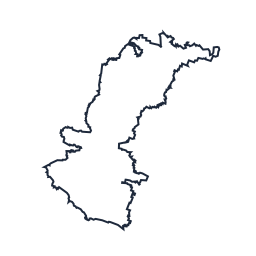 San Andrés Tuxtla, Veracruz, Mexico (Albers equal-area conic projection), rotated 191°
{"feature_id": "50627088B42762923799593", "entity_name": "San Andrés Tuxtla", "entity_type": "district", "adm_level": 2, "iso_a3": "MEX", "parent_name": "Mexico", "parent_adm1": "Veracruz", "projection": "albers", "projection_center": [-95.222, 18.463], "detail": "fine", "context": "isolated", "style": "outline", "palette": "slate", "viewbox_px": 256, "rotation_deg": 191, "n_neighbors": 0, "source": "geoboundaries", "source_scale": "gbopen_adm2", "svg_char_len": 5896}
<svg xmlns="http://www.w3.org/2000/svg" viewBox="0 0 256 256"><g transform="rotate(191 128 128)"><path d="M99.2,84.3L105.2,86.2L107.7,86.4L108.6,85.2L109.5,85.7L110.2,85.3L112.2,85.6L112.0,87.0L112.6,87.2L112.6,86.0L113.9,86.2L114.2,90.1L114.9,90.1L114.9,91.8L116.2,92.4L116.0,93.2L115.4,93.2L116.4,94.3L115.8,95.4L114.6,95.6L115.8,97.0L114.5,96.8L114.4,97.4L115.7,98.0L115.7,97.3L117.2,97.7L119.3,99.4L118.8,100.7L120.4,100.1L121.5,101.3L121.0,102.6L121.5,103.6L120.6,104.8L124.1,104.3L125.5,105.5L128.3,105.9L129.7,105.4L130.2,106.4L133.1,106.4L133.8,110.9L127.2,113.7L126.8,114.5L126.2,114.4L126.5,113.8L125.8,114.1L126.3,115.3L125.6,116.1L125.1,115.7L124.8,118.8L121.7,118.1L120.1,118.8L120.5,119.2L119.7,122.6L121.1,123.9L120.6,125.8L122.9,126.3L122.9,127.6L121.6,129.0L121.5,130.2L118.4,133.5L119.9,138.5L119.3,139.1L120.8,140.2L117.9,141.6L117.5,143.3L118.3,144.4L118.1,147.3L117.0,147.1L115.8,149.0L115.9,150.3L114.8,150.8L114.0,152.4L110.8,151.4L110.0,152.0L110.1,152.9L108.9,151.9L108.0,153.4L106.5,153.2L106.1,154.0L104.3,153.3L103.6,154.9L102.3,154.1L102.1,154.9L103.2,156.3L101.3,157.6L100.7,157.4L100.7,156.5L99.9,156.7L100.5,158.0L100.1,158.7L98.5,158.2L98.5,159.5L95.9,159.0L96.0,160.7L97.2,162.6L96.5,162.5L96.4,164.1L95.6,164.8L96.8,164.5L97.1,166.2L98.2,166.2L98.8,167.1L98.8,168.7L98.4,170.1L97.5,170.6L97.5,173.0L96.7,172.9L95.3,174.6L96.1,175.2L95.7,176.4L95.0,175.6L93.9,175.7L94.6,176.3L94.2,177.4L94.8,178.3L93.7,181.9L92.3,183.3L92.8,184.3L91.7,184.5L93.5,188.1L92.6,192.4L93.5,192.6L93.3,193.6L90.5,193.0L90.1,195.1L89.2,194.9L88.8,199.0L87.0,198.6L87.2,201.6L81.2,200.4L82.0,201.4L81.1,206.0L75.6,205.1L75.0,207.2L73.1,207.2L72.3,210.2L67.9,210.1L67.0,210.7L65.5,210.5L65.1,211.1L64.7,210.2L59.6,209.6L58.1,215.1L55.6,214.7L53.7,216.0L53.9,220.4L53.3,222.4L54.3,224.4L55.8,224.6L59.2,223.5L58.6,218.2L59.6,216.3L61.4,215.1L62.5,219.0L64.3,220.7L69.3,219.3L73.6,222.8L74.2,222.1L76.6,222.5L77.0,221.7L79.1,223.5L80.7,221.4L82.8,220.1L83.6,220.9L85.9,220.6L86.2,221.5L85.3,223.4L86.2,223.4L86.7,222.7L86.3,221.5L88.1,220.4L86.4,217.8L88.7,216.5L92.6,218.7L94.1,217.5L95.1,218.1L94.8,218.8L95.4,219.5L95.9,218.8L96.8,219.3L96.6,217.3L97.4,218.1L98.0,217.3L101.3,219.0L101.4,219.7L100.9,219.7L101.2,221.1L101.5,220.2L102.9,220.5L100.0,224.1L100.9,225.0L102.6,225.2L103.8,226.4L106.3,224.5L106.9,225.0L106.1,226.5L107.5,225.5L111.1,228.2L110.8,227.5L112.5,227.6L115.0,225.8L113.6,223.7L111.4,214.7L110.5,213.6L113.9,215.4L122.3,215.7L122.9,217.6L126.9,217.4L127.1,219.8L131.1,219.5L131.6,222.0L134.3,221.3L134.4,218.4L137.1,218.0L136.8,217.1L139.1,218.0L140.3,217.4L142.4,214.7L143.2,211.7L141.3,211.8L141.2,212.5L138.9,212.4L139.2,211.5L137.5,211.7L136.1,210.7L136.3,210.3L133.4,209.9L133.4,208.8L132.2,208.8L132.1,207.4L129.1,207.3L129.2,205.5L128.6,205.0L129.1,204.0L129.8,204.0L129.8,202.0L130.6,202.1L130.5,201.1L132.0,201.1L132.0,200.2L132.7,200.1L132.7,202.0L132.1,202.4L134.6,202.1L134.2,202.9L135.2,205.1L136.0,205.1L136.7,207.7L138.2,207.9L136.8,208.1L137.5,209.3L144.2,210.2L146.5,207.8L146.5,206.1L147.8,205.2L150.6,198.6L149.5,198.2L149.9,195.1L152.5,194.3L152.5,192.6L153.8,192.5L153.9,193.6L155.3,193.7L155.6,192.0L156.3,192.0L156.2,192.9L157.1,193.5L158.6,192.2L159.5,192.8L160.7,191.3L159.8,190.8L161.5,187.4L160.8,186.7L161.7,185.9L161.9,186.5L163.5,186.5L163.8,185.5L165.4,185.5L164.7,176.2L165.6,174.3L164.8,174.1L164.8,168.7L163.9,167.7L164.7,167.4L164.6,164.7L163.3,160.8L163.4,159.5L165.0,158.5L163.2,157.5L163.4,155.7L162.8,155.3L166.2,152.7L166.7,151.7L166.2,150.0L167.0,148.7L167.5,149.1L167.8,146.9L169.5,145.2L170.0,143.6L170.6,144.0L171.0,142.4L170.4,141.5L171.3,140.2L171.2,135.6L172.5,134.7L172.4,133.5L171.5,133.5L171.9,132.9L171.1,131.8L171.4,129.6L170.6,127.6L171.1,127.1L170.1,126.4L169.8,124.9L167.3,123.3L167.2,121.7L165.3,121.5L165.4,120.8L163.8,118.3L164.4,116.6L172.4,115.6L173.6,116.5L175.3,115.9L175.9,115.0L181.9,115.8L182.9,117.7L184.9,117.0L186.9,117.6L186.8,117.0L187.8,116.6L189.3,117.0L191.4,115.0L191.6,114.3L191.4,113.2L191.6,112.8L193.2,113.1L193.3,110.4L192.7,110.5L191.8,108.7L192.2,107.9L191.1,106.9L189.3,107.0L188.4,105.3L188.7,103.3L189.5,103.1L188.6,103.0L188.6,102.0L182.0,99.8L181.9,100.6L178.9,100.2L178.9,99.7L178.1,101.3L177.2,101.4L174.8,99.5L173.8,99.5L173.5,100.6L170.5,100.1L170.2,99.5L171.4,99.3L171.5,96.8L174.8,95.9L175.6,94.5L177.3,94.3L177.4,95.4L178.2,95.5L179.0,94.7L178.8,95.5L179.5,95.5L179.8,94.9L179.1,94.8L179.7,93.2L180.9,93.4L180.9,94.2L184.0,93.6L183.1,90.9L183.4,89.7L182.3,89.0L182.6,88.1L181.7,87.1L183.3,84.9L186.0,84.4L186.1,83.7L191.2,82.9L197.1,78.6L198.2,77.2L197.9,76.4L199.2,76.5L202.7,73.7L201.0,73.7L198.8,71.0L198.7,70.2L199.6,69.0L198.3,68.6L198.1,66.6L196.8,65.4L196.9,64.7L195.2,65.2L191.6,62.3L190.9,61.0L191.6,58.9L191.5,57.0L189.6,56.8L189.5,55.8L188.8,56.5L188.5,55.8L187.6,55.9L186.3,54.4L185.8,55.5L185.1,55.0L184.4,56.8L175.6,52.7L173.5,50.8L172.5,48.6L173.0,47.7L172.1,46.0L172.2,44.0L171.2,45.2L168.8,44.8L167.0,43.3L166.3,41.4L164.6,41.1L163.3,39.8L162.5,40.3L158.9,39.2L156.5,37.0L155.2,36.8L152.4,33.8L152.3,32.9L153.1,32.0L152.7,31.0L151.8,30.6L151.3,31.4L150.6,30.2L149.2,29.9L148.4,30.6L148.4,31.8L147.2,32.2L144.3,31.4L142.5,32.6L135.6,32.5L129.4,31.4L128.9,32.3L127.3,32.3L119.3,30.9L113.2,27.8L114.2,31.0L112.5,32.5L111.7,32.1L112.0,31.0L110.5,31.1L110.1,33.0L109.1,32.8L108.8,35.2L107.8,35.1L107.5,37.1L110.3,37.6L109.8,39.3L110.7,40.5L110.2,41.3L111.3,41.4L111.1,42.3L110.0,42.2L110.9,45.5L110.3,47.6L113.6,48.1L112.3,55.0L111.2,54.8L110.2,59.7L110.1,60.7L111.6,60.9L111.1,63.8L108.8,63.5L108.6,65.0L110.8,65.4L110.7,67.0L113.1,67.3L112.7,70.4L113.8,70.6L113.6,71.6L114.5,71.8L114.3,72.5L117.8,72.9L118.2,73.6L123.3,73.0L123.3,73.7L120.5,73.7L120.5,76.8L119.9,76.9L116.0,76.9L113.8,76.0L110.3,76.9L110.7,75.2L109.0,77.4L106.2,74.6L105.8,75.0L106.5,76.2L105.7,77.1L105.3,79.4L100.1,80.0L99.2,84.3Z" fill="none" stroke="#1e293b" stroke-width="2"/></g></svg>